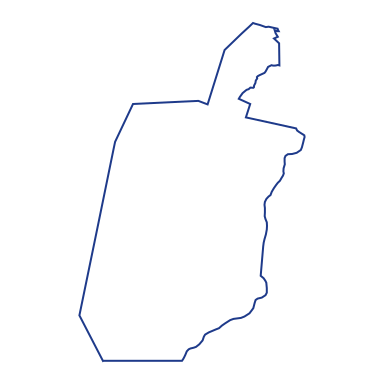 the district of Morne Panache, Dennery, Saint Lucia
{"feature_id": "8701671B87673640484733", "entity_name": "Morne Panache", "entity_type": "district", "adm_level": 2, "iso_a3": "LCA", "parent_name": "Saint Lucia", "parent_adm1": "Dennery", "projection": "albers", "projection_center": [-60.933, 13.923], "detail": "fine", "context": "isolated", "style": "outline", "palette": "blue", "viewbox_px": 384, "rotation_deg": 0, "n_neighbors": 0, "source": "geoboundaries", "source_scale": "gbopen_adm2", "svg_char_len": 1712}
<svg xmlns="http://www.w3.org/2000/svg" viewBox="0 0 384 384"><path d="M304.6,137.0L304.3,135.3L299.1,132.0L297.1,130.5L296.1,128.4L245.9,117.4L250.2,104.0L238.8,98.8L239.9,96.9L242.6,93.1L246.1,90.2L246.9,89.7L248.6,89.2L250.4,87.6L253.3,87.8L253.9,87.3L254.1,85.5L255.4,83.0L255.8,80.5L257.2,78.5L256.9,77.1L257.7,76.2L259.5,75.2L264.5,72.9L265.6,71.5L268.1,66.9L271.5,65.2L273.1,65.6L275.0,65.6L276.3,65.4L277.9,65.0L279.4,65.4L279.1,43.3L274.0,38.5L277.8,36.8L275.6,33.2L274.7,30.3L275.9,30.8L277.3,31.2L278.7,31.2L278.0,29.9L277.6,28.7L268.6,26.7L268.0,26.8L265.8,27.1L259.9,25.0L255.0,23.7L253.0,23.0L248.6,27.2L247.6,28.1L241.6,33.6L224.6,50.0L207.6,104.4L198.4,100.9L183.2,101.6L133.0,104.0L115.2,141.6L115.1,141.8L113.6,148.9L96.9,230.5L79.4,315.4L103.0,361.0L103.4,360.8L182.0,360.8L183.1,359.2L184.1,357.4L185.4,354.7L186.8,351.3L188.7,349.3L190.4,348.5L193.7,347.7L196.0,346.9L199.3,344.3L202.6,340.4L203.9,336.6L205.1,334.6L208.8,332.4L215.9,329.4L219.0,328.2L221.9,325.6L225.2,323.3L230.2,320.1L233.5,318.9L241.0,317.9L244.5,316.5L249.5,313.3L253.3,308.2L254.7,302.8L255.6,300.0L257.6,298.6L261.8,297.6L265.5,295.2L266.8,292.7L266.8,288.1L266.3,282.7L265.3,280.7L263.6,278.2L260.7,275.8L263.2,246.4L263.7,242.6L264.5,239.2L265.9,234.4L266.8,229.5L267.0,225.9L266.8,222.3L265.5,219.1L264.7,216.2L264.9,212.4L264.9,208.0L264.5,204.8L264.9,201.9L266.4,198.9L268.6,196.5L270.5,195.1L271.7,191.9L273.8,188.3L276.1,185.0L277.8,182.8L279.9,180.8L281.5,178.0L283.0,175.6L283.8,173.4L283.4,171.4L283.6,168.3L284.8,164.3L284.6,161.7L284.6,158.1L285.5,155.9L287.9,154.2L292.1,154.0L296.7,152.8L300.8,150.0L301.9,147.4L303.1,142.8L303.9,139.5L304.6,137.0Z" fill="none" stroke="#1e3a8a" stroke-width="2"/></svg>